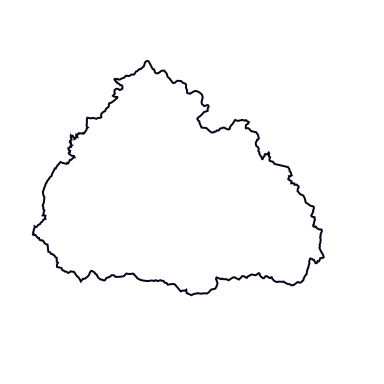 the district of Na Thawi, Songkhla, Thailand, rotated 285°
{"feature_id": "78962969B50866975427255", "entity_name": "Na Thawi", "entity_type": "district", "adm_level": 2, "iso_a3": "THA", "parent_name": "Thailand", "parent_adm1": "Songkhla", "projection": "albers", "projection_center": [100.679, 6.621], "detail": "fine", "context": "isolated", "style": "outline", "palette": "ink", "viewbox_px": 384, "rotation_deg": 285, "n_neighbors": 0, "source": "geoboundaries", "source_scale": "gbopen_adm2", "svg_char_len": 5897}
<svg xmlns="http://www.w3.org/2000/svg" viewBox="0 0 384 384"><g transform="rotate(285 192 192)"><path d="M118.0,49.0L117.2,49.4L116.2,49.0L114.6,48.9L113.7,49.2L112.0,48.9L111.2,49.5L109.7,49.3L109.5,49.9L110.0,50.8L109.6,51.2L109.8,52.1L107.6,55.1L108.0,56.1L106.4,57.1L106.2,59.1L106.6,60.2L105.7,61.6L104.4,62.8L103.7,65.1L103.8,66.1L97.1,68.7L97.0,70.7L95.7,71.9L95.9,73.4L95.3,74.2L95.1,75.5L93.6,77.1L93.5,78.3L89.5,79.5L89.1,80.8L86.8,80.3L84.7,81.0L84.7,85.8L82.9,87.0L82.9,88.6L82.3,89.5L82.5,91.3L81.8,93.4L82.3,94.2L83.8,95.1L84.3,98.7L80.8,102.7L80.7,103.6L79.6,105.2L76.9,107.8L79.9,109.1L80.5,110.9L83.6,113.3L85.3,114.0L87.8,114.2L89.7,115.0L89.8,115.9L89.2,118.5L87.7,120.1L87.6,121.5L86.3,122.2L84.9,123.8L83.8,126.3L84.1,127.7L83.7,129.8L84.2,130.7L87.0,131.7L88.4,134.2L91.0,136.1L91.3,138.3L90.2,140.2L91.6,144.7L93.0,147.9L96.2,149.7L96.7,153.6L97.9,155.9L97.8,157.0L96.9,157.6L96.8,158.6L95.9,159.4L95.4,160.7L94.6,161.3L93.8,164.5L93.8,167.4L94.4,172.0L96.0,175.7L96.4,178.8L97.4,179.6L97.1,182.0L98.7,184.4L98.4,185.7L98.8,187.3L97.4,189.1L97.5,190.9L96.2,192.5L98.2,197.2L98.4,198.5L98.1,199.7L93.1,206.8L94.3,208.3L94.7,210.4L96.1,211.7L93.0,213.0L92.2,218.2L93.8,219.9L95.7,223.7L96.2,227.5L97.0,228.9L97.9,232.8L99.2,234.0L102.7,235.8L104.7,239.5L107.0,240.1L110.5,240.3L114.4,237.6L115.8,237.8L115.4,242.7L116.2,243.7L115.9,244.8L116.7,247.9L116.2,250.2L120.0,253.6L120.6,254.9L119.6,260.0L123.9,262.5L124.0,264.4L123.2,267.1L124.7,267.7L127.7,270.8L128.1,275.1L130.9,277.5L130.7,278.2L128.5,279.7L127.2,282.7L127.3,283.7L129.4,284.7L130.1,285.6L129.0,289.5L130.3,291.0L128.9,292.1L127.3,294.7L127.0,297.4L127.9,299.0L128.6,302.5L129.2,303.7L128.5,305.3L127.9,308.5L128.2,309.8L127.7,312.3L128.3,314.1L132.1,317.1L132.4,317.7L132.3,319.6L132.8,320.6L135.7,322.4L137.6,322.3L140.8,323.1L142.1,323.9L147.1,323.5L149.0,324.0L150.7,323.7L153.4,323.9L155.2,323.2L158.3,323.3L158.5,325.1L157.9,326.2L157.9,327.5L157.0,328.0L156.5,329.1L155.4,329.5L155.4,330.7L155.8,331.1L157.8,331.3L157.8,332.5L158.3,332.8L161.1,333.0L162.0,334.4L162.2,335.5L163.1,336.1L165.6,334.6L167.3,332.6L171.0,329.5L172.6,329.7L173.9,328.9L175.9,329.1L179.1,328.7L181.7,327.4L182.5,327.7L184.8,327.1L187.2,327.6L188.9,327.2L189.3,326.3L188.8,324.6L189.3,322.2L190.7,320.3L189.9,319.2L190.5,317.9L191.5,317.6L192.5,318.1L194.4,317.6L197.1,318.0L198.2,317.1L199.3,317.0L199.3,314.0L200.0,313.3L204.6,314.2L205.6,313.7L207.3,314.0L209.1,313.5L209.6,312.3L209.3,311.0L209.6,309.4L211.4,304.5L215.0,302.6L217.3,300.5L217.8,298.4L217.7,297.4L220.2,293.7L222.8,293.3L223.9,293.9L225.1,293.4L226.2,291.0L225.5,289.1L226.5,288.7L226.8,288.1L226.1,285.6L228.1,285.4L229.1,281.8L229.6,281.6L230.8,282.0L232.4,281.5L232.7,283.0L233.9,284.0L235.1,282.9L236.6,282.4L237.2,281.0L239.2,280.2L240.9,278.3L240.5,265.0L240.7,264.0L241.8,263.0L242.2,261.9L242.1,259.4L242.5,258.8L243.6,258.3L245.9,258.4L246.4,257.0L249.5,256.5L250.0,255.9L247.7,254.8L247.7,253.0L247.1,252.5L245.5,252.8L244.7,252.1L242.0,251.6L241.9,251.3L243.2,250.5L246.2,247.2L247.7,246.8L248.7,245.5L251.2,245.2L252.5,243.8L253.3,242.0L254.9,241.2L256.5,240.8L257.9,241.4L259.2,241.3L260.0,242.4L260.9,242.7L264.2,241.0L266.3,238.5L266.1,233.3L267.6,231.3L268.2,229.5L267.5,227.5L269.2,226.9L270.9,226.9L272.8,228.7L274.3,228.8L274.7,226.7L275.4,225.5L274.6,224.6L274.7,222.0L272.9,218.7L272.5,217.1L272.7,215.0L267.6,213.3L266.2,212.4L264.1,211.9L262.9,212.1L262.4,211.8L261.7,210.5L262.5,206.0L260.4,202.6L259.0,202.2L258.2,201.6L257.9,200.1L256.4,199.2L256.0,198.0L254.8,196.8L254.6,195.6L255.0,194.1L257.5,189.2L256.7,184.5L260.9,181.2L262.2,180.8L262.7,179.4L263.7,178.4L264.7,178.2L269.0,181.3L272.2,182.8L274.4,186.1L277.1,185.5L278.4,186.1L279.6,185.5L280.1,184.7L278.2,181.7L279.4,179.0L281.0,178.0L286.5,177.8L288.8,176.2L290.2,173.1L290.7,169.7L289.7,167.8L286.4,164.6L286.4,161.7L289.0,160.8L291.4,159.1L293.7,158.7L294.8,157.9L295.2,154.6L296.3,152.9L295.8,149.6L295.1,148.5L292.9,147.0L292.5,146.1L292.5,145.1L295.8,140.9L297.0,138.6L299.8,136.9L302.1,133.6L301.1,131.1L298.2,128.8L297.4,126.9L297.5,126.2L298.2,125.1L300.5,123.8L300.6,122.2L306.4,116.9L307.1,116.0L307.1,115.1L306.4,113.9L304.9,113.1L301.1,113.0L297.5,110.6L297.1,109.4L294.7,107.9L294.0,106.8L290.5,105.7L289.6,102.8L288.3,102.0L287.6,100.7L287.3,98.2L284.5,96.5L283.7,95.0L281.9,93.1L281.6,92.1L282.0,90.8L281.3,89.9L281.5,88.6L281.1,88.1L280.5,88.0L278.8,90.2L278.6,91.3L277.9,91.6L277.8,93.2L276.6,95.0L277.0,96.3L275.9,97.5L273.7,98.0L272.1,96.3L271.8,95.9L272.4,94.1L272.3,92.7L271.6,91.7L270.5,90.9L268.6,91.1L267.2,92.0L264.4,90.7L263.9,92.2L264.4,95.2L263.8,95.5L260.7,93.6L257.5,91.0L256.1,89.0L252.7,89.4L249.9,87.3L247.8,87.2L246.0,85.3L244.2,84.2L243.0,84.2L240.7,85.1L239.7,83.7L239.3,82.2L238.0,80.8L237.9,76.9L236.9,75.2L236.7,71.7L235.6,71.5L230.6,72.8L228.6,73.0L227.6,73.8L227.4,74.7L226.0,73.9L224.8,74.0L221.0,72.7L221.0,72.0L220.4,71.9L220.5,71.3L220.1,71.2L219.7,68.5L219.2,68.0L219.4,67.4L217.9,66.7L217.6,65.3L216.5,65.6L216.2,66.7L215.4,67.1L215.4,65.8L213.7,65.7L212.6,64.7L214.1,63.9L214.5,62.7L215.2,62.5L215.4,61.9L214.8,61.0L215.2,60.4L213.6,60.7L211.4,62.2L210.2,61.7L209.9,61.0L209.3,61.3L209.2,61.0L208.7,61.0L208.3,61.2L208.1,62.5L206.7,62.6L206.0,63.1L206.0,64.0L204.8,63.3L204.3,63.4L204.2,62.3L202.9,62.1L202.2,61.2L200.2,62.5L200.2,63.6L199.5,63.5L199.1,63.8L197.9,62.9L197.1,63.2L195.9,66.4L196.2,68.7L195.1,69.6L194.7,68.6L191.8,67.0L191.5,65.8L188.2,65.2L187.7,65.0L187.9,63.9L186.7,63.6L186.6,59.0L187.0,57.3L182.4,55.0L179.2,54.2L179.2,53.4L172.7,52.1L171.1,52.2L169.0,50.7L167.6,50.5L165.3,49.3L163.5,49.2L162.8,48.7L153.4,47.9L150.2,49.4L148.7,50.8L143.5,51.6L140.1,51.3L138.7,52.4L136.9,52.8L136.2,54.1L133.4,54.0L132.6,54.4L130.8,53.9L131.2,56.5L128.9,56.8L128.1,57.4L126.8,55.6L124.5,55.0L123.4,53.9L121.7,53.5L120.0,51.7L118.1,51.0L117.7,50.2L118.0,49.0Z" fill="none" stroke="#020617" stroke-width="2"/></g></svg>